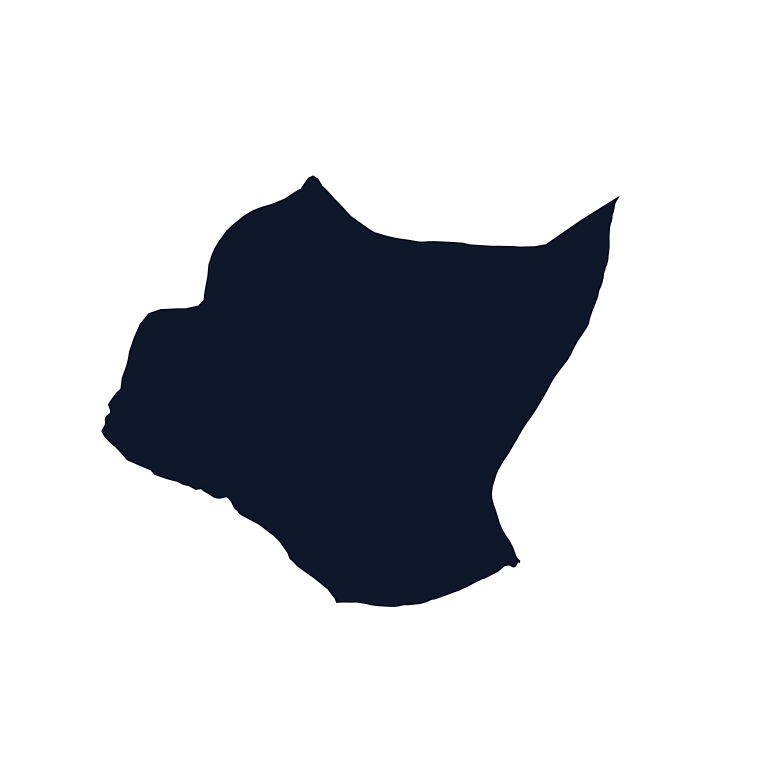 Champhone, Savannakhét, Laos (Mercator projection), rotated 341°
{"feature_id": "54806243B27710680023105", "entity_name": "Champhone", "entity_type": "district", "adm_level": 2, "iso_a3": "LAO", "parent_name": "Laos", "parent_adm1": "Savannakhét", "projection": "mercator", "projection_center": [105.234, 16.49], "detail": "fine", "context": "isolated", "style": "filled", "palette": "ink", "viewbox_px": 768, "rotation_deg": 341, "n_neighbors": 0, "source": "geoboundaries", "source_scale": "gbopen_adm2", "svg_char_len": 3699}
<svg xmlns="http://www.w3.org/2000/svg" viewBox="0 0 768 768"><g transform="rotate(341 384 384)"><path d="M313.9,178.4L306.3,179.9L291.2,185.5L285.6,188.1L275.1,195.4L268.1,201.2L264.9,204.8L262.6,207.5L261.0,209.8L257.6,214.1L252.6,225.2L247.9,233.3L245.2,238.3L243.3,242.0L241.2,246.6L234.0,250.1L221.0,248.6L211.9,245.5L202.0,242.7L197.1,241.2L196.9,241.2L184.5,241.2L173.4,248.1L163.1,259.1L154.0,271.0L150.8,277.0L147.2,282.7L138.6,293.4L133.9,303.2L128.3,305.6L119.5,311.8L116.9,314.0L117.1,316.8L117.1,319.9L116.2,322.7L113.4,323.6L110.6,324.8L109.2,326.7L108.3,330.5L106.6,332.8L102.2,336.6L103.1,342.4L106.2,349.7L109.4,354.9L112.2,360.5L114.6,366.3L116.8,371.9L119.5,374.4L122.4,377.1L125.4,380.0L136.0,389.4L137.9,394.6L143.7,399.2L149.6,403.7L156.7,408.3L161.9,413.5L167.1,416.8L171.6,422.0L177.5,423.3L178.0,424.7L179.7,427.0L183.3,431.1L186.6,435.5L188.7,436.9L189.7,437.5L192.0,438.3L198.5,439.1L200.1,441.1L201.8,445.9L202.4,452.4L204.4,455.7L205.5,459.3L207.2,461.6L210.6,465.2L212.8,467.6L219.8,475.1L220.8,476.4L222.0,478.0L227.6,486.7L230.6,490.8L232.2,494.1L234.2,497.8L235.6,502.9L237.6,509.5L238.4,512.4L238.5,518.3L241.0,522.8L243.0,527.3L247.3,533.7L255.4,544.9L259.0,550.7L264.5,559.4L266.8,566.9L268.2,570.4L268.3,573.7L268.3,574.9L273.9,576.4L276.4,577.3L276.8,577.5L282.2,579.4L287.0,580.9L295.8,585.5L299.8,588.2L305.2,590.9L309.1,592.6L317.2,595.9L321.3,597.4L326.4,598.5L330.8,598.8L334.8,600.3L338.9,601.2L343.7,602.4L346.8,603.1L351.6,603.3L353.7,603.4L358.7,602.8L361.0,603.3L364.3,603.5L369.4,603.3L372.8,603.4L382.8,603.1L387.2,603.2L399.6,601.8L404.1,601.0L409.4,600.4L413.6,599.8L415.5,600.1L422.0,599.2L431.0,597.8L438.9,594.8L441.7,595.2L442.3,595.3L443.5,595.8L444.3,596.3L445.1,597.0L445.8,597.8L446.5,598.7L447.5,599.0L448.3,599.0L449.3,598.6L450.1,597.8L450.9,597.1L451.8,596.2L452.2,595.8L452.5,595.6L453.1,595.5L453.6,595.8L453.9,596.4L454.5,595.6L454.4,595.1L453.8,594.5L453.6,593.8L453.2,593.7L452.4,590.1L452.3,585.5L452.2,579.9L451.8,577.5L451.8,577.3L451.6,576.4L451.1,573.2L450.1,569.6L449.0,565.6L448.2,561.3L447.8,558.2L447.6,555.1L447.5,551.9L447.8,547.3L448.0,537.2L447.8,533.8L448.1,530.7L448.4,527.2L449.6,522.7L452.8,516.1L457.6,509.4L460.5,505.5L464.0,501.8L469.4,497.0L472.8,494.2L476.0,491.9L480.0,488.9L488.0,481.8L490.9,479.6L494.5,476.2L499.1,472.2L506.6,466.3L510.5,463.7L515.4,460.1L520.9,455.7L524.6,452.5L529.1,448.9L535.5,443.2L544.3,434.9L548.4,431.8L553.1,428.5L565.3,420.4L570.1,416.4L572.9,413.2L577.2,409.3L580.8,406.1L592.8,397.0L597.1,393.0L599.0,389.5L600.8,387.1L603.3,383.8L605.1,381.5L607.1,379.4L608.3,377.9L610.1,375.8L611.8,373.7L613.7,371.4L614.9,369.8L616.4,366.9L618.1,364.5L620.3,362.3L622.2,359.8L623.5,358.0L624.6,356.3L625.7,354.5L627.6,350.5L629.0,348.9L630.2,347.2L630.9,346.0L631.5,345.1L632.7,344.1L634.2,341.9L636.2,338.7L637.5,335.4L639.1,332.3L640.1,330.0L641.5,327.1L643.0,322.4L644.2,318.8L646.2,313.7L647.9,309.6L650.0,306.1L651.7,304.1L653.5,300.9L654.8,298.0L657.2,294.9L658.8,292.1L660.6,288.7L663.1,286.1L665.6,284.2L665.8,284.0L624.3,293.6L582.4,305.3L577.8,304.5L571.7,303.7L556.9,299.0L550.3,296.1L543.8,293.8L539.3,292.1L536.1,290.9L531.3,289.4L525.4,286.9L514.6,282.4L509.9,280.4L504.0,276.6L495.7,273.1L484.2,268.5L478.1,266.1L472.3,264.2L467.0,262.8L462.7,261.1L459.4,259.3L453.6,256.1L447.0,252.8L440.7,249.3L433.6,244.8L427.6,240.5L424.2,238.0L420.0,233.2L416.7,228.5L411.1,220.8L406.9,214.7L405.0,210.7L402.6,204.9L399.9,198.9L397.1,193.1L394.6,187.1L391.6,180.3L389.8,177.3L388.0,169.0L384.6,164.5L379.7,165.0L375.3,168.2L369.0,172.9L365.6,173.2L350.6,177.1L335.1,177.9L326.9,177.4L317.5,177.7L317.4,177.7L313.9,178.4Z" fill="#0f172a" stroke="#020617" stroke-width="1.5"/></g></svg>